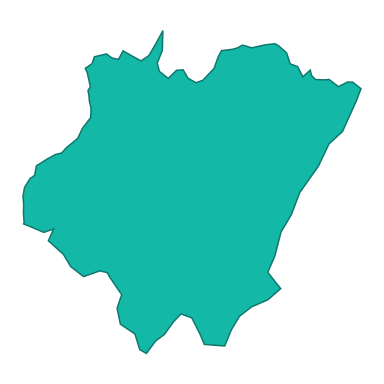 Nata, Paphos, Cyprus (Natural Earth projection)
{"feature_id": "46923920B19030754340251", "entity_name": "Nata", "entity_type": "district", "adm_level": 2, "iso_a3": "CYP", "parent_name": "Cyprus", "parent_adm1": "Paphos", "projection": "natural_earth1", "projection_center": [32.562, 34.775], "detail": "fine", "context": "isolated", "style": "filled", "palette": "teal", "viewbox_px": 384, "rotation_deg": 0, "n_neighbors": 0, "source": "geoboundaries", "source_scale": "gbopen_adm2", "svg_char_len": 1357}
<svg xmlns="http://www.w3.org/2000/svg" viewBox="0 0 384 384"><path d="M23.6,223.9L32.9,227.7L43.8,232.4L53.6,229.0L48.4,240.8L63.5,254.5L70.7,266.6L83.6,276.6L99.7,270.9L107.3,272.6L109.6,277.0L121.7,294.7L117.1,308.2L120.4,324.2L134.9,334.0L139.8,349.7L145.3,352.8L146.4,353.4L155.6,341.0L164.5,334.3L173.4,321.9L181.0,313.9L191.8,317.9L200.1,334.3L204.3,344.4L224.7,346.0L231.3,329.9L239.5,316.2L251.7,306.8L267.8,299.8L279.6,289.6L280.7,288.7L267.8,272.3L274.8,256.2L281.0,232.1L291.2,215.0L299.8,192.5L318.5,166.0L329.0,143.9L342.5,131.5L353.4,107.4L356.3,101.0L358.3,95.8L361.0,88.7L352.6,82.1L347.4,82.1L338.4,86.6L329.1,79.5L323.7,79.9L315.5,79.5L311.5,75.4L310.3,70.1L302.8,76.8L297.6,66.6L290.2,63.9L286.6,52.9L278.3,45.5L274.8,43.7L264.9,44.9L251.8,47.8L242.5,45.1L237.2,48.0L232.0,49.4L221.5,50.6L218.1,57.0L214.1,68.4L202.8,80.3L196.0,82.7L188.0,78.2L183.2,69.9L176.5,70.3L168.3,78.4L159.5,71.5L157.2,63.3L162.3,50.6L162.9,30.6L155.4,44.5L148.8,55.7L141.0,60.9L130.5,55.1L123.1,50.8L118.5,59.4L111.9,58.0L106.6,53.9L94.4,56.8L92.0,63.7L85.3,68.3L87.3,72.8L90.4,86.9L88.0,90.4L88.9,95.2L89.3,100.6L91.1,108.5L90.7,117.5L82.4,128.4L77.8,138.3L66.6,147.5L61.6,153.0L55.4,154.5L46.7,159.3L36.4,165.8L34.6,175.4L30.1,178.5L24.5,187.5L23.0,196.0L23.7,205.0L23.4,212.7L24.1,222.6L23.6,223.9Z" fill="#14b8a6" stroke="#0f766e" stroke-width="1.5"/></svg>